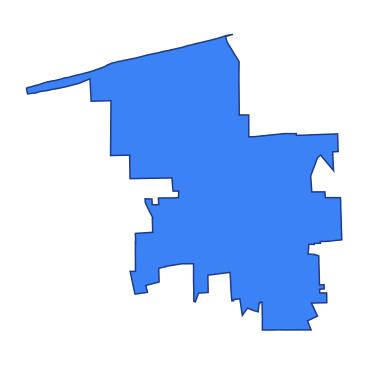 outline of Dzemul, Yucatán, Mexico, rotated 353°
{"feature_id": "50627088B35219806779119", "entity_name": "Dzemul", "entity_type": "district", "adm_level": 2, "iso_a3": "MEX", "parent_name": "Mexico", "parent_adm1": "Yucatán", "projection": "orthographic", "projection_center": [-89.351, 21.252], "detail": "fine", "context": "isolated", "style": "filled", "palette": "blue", "viewbox_px": 384, "rotation_deg": 353, "n_neighbors": 0, "source": "geoboundaries", "source_scale": "gbopen_adm2", "svg_char_len": 4185}
<svg xmlns="http://www.w3.org/2000/svg" viewBox="0 0 384 384"><g transform="rotate(353 192 192)"><path d="M102.9,89.6L122.7,91.5L115.6,145.9L134.6,147.8L132.1,171.2L146.5,172.7L173.8,175.6L173.3,188.8L178.9,189.5L177.8,196.0L171.8,195.5L164.6,194.6L157.9,193.9L157.4,200.5L150.9,199.9L151.4,194.1L144.6,193.0L144.3,196.7L147.4,206.1L149.6,211.9L150.0,213.4L149.4,213.4L148.4,223.9L148.2,225.6L148.2,227.2L130.7,226.2L129.9,235.2L129.6,235.0L129.1,240.2L129.0,240.3L126.2,263.9L120.9,263.2L122.3,278.9L122.3,279.0L123.0,286.4L135.5,286.2L134.8,279.1L148.4,277.3L149.4,266.7L149.7,263.7L156.0,263.0L157.0,263.0L156.9,262.6L173.3,262.0L184.8,263.4L183.4,275.0L182.9,278.7L181.6,291.4L180.5,300.8L181.9,301.5L186.1,293.2L190.5,293.4L193.9,293.6L195.8,293.7L197.6,276.5L219.9,276.4L219.8,279.3L219.5,284.2L218.6,295.8L218.5,298.5L218.3,302.9L218.4,305.0L219.9,305.0L219.8,304.0L226.0,303.8L226.5,303.8L226.6,309.2L226.9,320.6L233.0,314.0L238.1,316.9L243.1,319.0L244.9,311.0L245.7,311.1L246.1,309.5L248.1,310.0L247.9,312.0L246.7,323.2L246.5,325.4L246.3,327.3L245.9,330.1L245.7,331.8L245.4,334.2L245.3,335.5L245.2,336.6L245.0,337.5L258.6,339.2L258.8,339.1L262.0,339.5L267.2,340.2L267.4,340.3L271.4,340.7L273.8,341.0L274.0,341.0L278.9,341.6L283.9,342.2L293.4,343.4L290.9,334.0L294.5,332.8L301.5,330.4L300.4,327.1L299.3,323.8L298.7,321.8L296.9,316.8L312.3,318.3L312.4,317.2L312.9,312.8L313.1,310.9L313.3,308.6L306.5,307.8L306.8,304.0L311.4,304.3L311.8,300.2L307.2,299.7L308.4,287.5L308.5,286.5L308.6,285.4L309.0,281.5L309.0,281.2L309.2,278.9L309.6,275.4L309.8,273.8L309.8,273.5L310.0,270.8L308.0,269.9L306.5,269.2L306.3,269.0L306.0,268.9L304.8,268.7L303.8,268.5L299.6,267.6L299.9,266.2L300.7,263.0L301.0,261.3L301.6,258.1L307.0,258.9L307.2,257.9L313.2,258.5L313.3,256.8L319.1,257.4L322.3,257.5L324.6,257.5L333.3,257.7L334.8,257.8L334.9,257.4L335.7,248.1L336.0,244.0L336.2,243.0L336.4,241.4L337.5,228.2L337.9,223.8L338.2,221.8L338.4,219.9L338.6,216.7L338.7,215.8L338.6,215.7L338.4,215.7L328.4,214.4L323.6,213.8L323.9,208.1L319.3,207.5L315.8,207.1L310.9,206.5L311.8,190.4L312.4,189.3L314.7,184.9L317.3,180.0L317.6,179.3L320.0,174.7L320.8,173.2L321.8,172.5L324.2,171.1L325.1,172.5L335.1,188.0L335.1,187.7L335.2,186.3L335.3,185.1L335.4,183.7L335.5,182.4L335.7,179.9L335.8,178.6L335.9,177.2L336.0,175.9L336.1,174.7L336.2,173.3L336.4,171.3L336.5,169.3L342.0,169.7L342.6,162.9L343.6,152.1L331.3,151.0L329.3,150.8L309.8,149.2L302.5,148.5L302.7,146.8L293.3,145.6L290.7,145.3L261.0,144.7L255.1,144.2L257.7,122.5L248.3,121.3L252.8,81.8L254.4,70.3L254.6,68.3L246.2,49.9L245.0,47.1L244.3,41.7L250.7,40.7L251.9,40.6L248.3,40.7L246.8,40.8L244.7,40.9L244.2,41.0L243.2,41.3L240.8,41.8L237.7,42.3L235.7,42.7L233.6,42.9L229.0,43.6L224.5,44.1L218.4,44.8L216.5,45.0L215.7,45.0L215.1,45.1L213.3,45.3L211.4,45.6L210.4,45.6L208.6,46.0L206.8,46.1L205.2,46.3L202.4,46.8L200.5,47.1L197.4,47.6L196.3,47.5L195.4,47.7L193.7,47.9L192.2,48.0L190.7,48.2L187.9,48.3L186.7,48.7L185.6,48.8L184.2,48.7L182.4,48.9L181.4,48.9L180.8,48.9L180.0,49.2L179.0,49.2L177.2,49.5L176.7,49.5L175.7,49.7L174.4,49.8L174.0,49.9L172.1,49.9L171.1,50.0L169.7,50.1L167.9,50.3L166.4,50.4L164.4,50.6L163.3,50.6L162.6,50.9L161.1,51.0L159.9,51.2L158.2,51.5L156.7,51.7L156.0,51.7L155.3,51.8L153.5,52.0L151.6,52.3L148.1,52.5L144.9,52.7L144.3,52.9L142.6,53.0L141.9,53.0L141.4,53.0L140.4,53.0L139.5,53.2L138.7,53.4L137.7,53.4L136.2,53.4L135.2,53.5L134.3,53.5L133.3,53.7L131.2,54.1L130.2,54.1L129.1,54.2L128.2,54.3L127.5,54.5L126.9,54.6L125.9,55.0L123.6,55.6L121.8,56.4L120.6,56.9L119.3,57.1L118.5,57.5L117.1,57.8L115.9,58.0L114.8,58.4L112.6,58.7L111.3,59.0L110.3,59.3L109.5,59.5L107.8,59.8L105.7,60.2L102.4,60.7L96.4,61.5L91.4,62.0L87.1,62.6L82.9,63.2L81.2,63.2L79.2,63.3L73.3,64.3L69.2,64.7L65.9,64.8L64.2,64.9L61.8,65.1L60.3,65.4L58.0,65.6L56.5,66.2L54.7,66.5L52.9,66.9L49.7,67.2L47.7,67.5L45.7,67.9L43.3,68.2L41.5,68.3L41.0,68.7L40.4,68.8L40.4,70.3L40.5,71.7L40.5,72.5L40.7,73.9L40.7,74.6L42.0,74.7L44.0,74.4L44.9,74.4L47.3,74.6L48.3,74.8L49.4,74.6L51.3,74.1L54.6,73.7L58.4,73.7L59.6,73.7L64.9,73.3L65.8,73.0L66.8,72.9L67.8,73.1L68.9,73.1L79.8,72.2L93.5,70.3L104.5,67.2L103.2,86.4L102.9,89.6Z" fill="#3b82f6" stroke="#1e3a8a" stroke-width="1.5"/></g></svg>